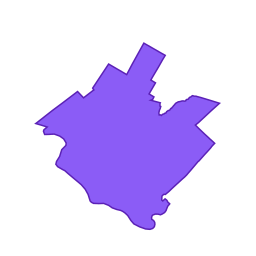 outline of Branistea, Galati, Romania, rotated 27°
{"feature_id": "2599482B60260164526160", "entity_name": "Branistea", "entity_type": "district", "adm_level": 2, "iso_a3": "ROU", "parent_name": "Romania", "parent_adm1": "Galati", "projection": "robinson", "projection_center": [27.84, 45.445], "detail": "fine", "context": "isolated", "style": "filled", "palette": "violet", "viewbox_px": 256, "rotation_deg": 27, "n_neighbors": 0, "source": "geoboundaries", "source_scale": "gbopen_adm2", "svg_char_len": 2760}
<svg xmlns="http://www.w3.org/2000/svg" viewBox="0 0 256 256"><g transform="rotate(27 128 128)"><path d="M199.6,176.6L197.0,175.9L196.0,175.1L195.2,174.7L193.2,174.3L192.1,177.2L191.8,177.1L191.5,177.0L190.8,176.9L189.3,173.6L189.2,173.1L189.8,171.2L190.2,170.7L190.8,170.5L191.4,170.3L192.8,167.1L193.3,165.9L194.5,162.4L195.7,159.1L199.6,148.7L200.7,146.0L201.6,143.2L202.2,140.6L203.0,137.5L205.7,126.0L205.8,125.8L206.0,125.6L206.2,125.0L206.5,123.9L207.0,122.0L208.3,117.0L209.2,113.9L210.2,110.2L210.7,108.2L210.9,107.1L210.9,106.5L211.1,106.1L211.2,105.6L212.2,102.3L209.8,101.6L206.9,100.8L206.3,100.7L204.4,100.1L198.6,98.5L191.0,96.2L186.7,94.8L188.3,91.3L189.6,87.7L194.2,75.1L198.3,64.4L189.6,65.9L179.0,67.8L175.3,68.6L174.1,68.8L172.8,69.5L170.8,69.9L170.4,70.5L170.0,71.6L169.5,72.2L169.0,72.7L168.8,73.2L168.7,74.7L168.4,75.2L168.0,75.4L167.4,75.9L167.1,76.4L167.0,76.7L167.0,77.1L167.1,77.4L166.6,78.1L166.2,78.4L165.5,78.6L164.7,78.9L163.8,79.4L163.7,79.6L163.1,80.1L162.7,80.5L161.7,81.3L161.2,81.6L160.5,82.4L160.2,83.0L159.6,83.7L159.3,84.4L159.1,85.0L158.8,86.5L158.4,87.8L158.4,88.1L158.2,89.1L158.0,89.5L157.9,89.8L157.9,90.6L157.8,90.8L157.5,90.9L157.3,91.1L157.2,91.8L157.1,92.2L157.2,92.6L156.9,93.2L156.6,93.8L155.9,94.1L155.6,94.8L155.4,95.4L155.0,95.8L155.0,97.2L154.8,97.6L154.2,98.0L153.8,98.7L153.7,99.1L153.5,99.3L152.9,99.8L152.5,100.2L152.2,101.1L152.0,101.7L150.8,101.6L149.9,102.2L149.7,101.9L148.9,101.0L148.6,100.4L148.3,99.5L148.2,98.8L148.1,98.5L147.9,97.6L147.9,96.2L147.4,93.9L147.2,93.9L146.8,94.0L146.6,94.0L146.4,93.6L146.0,93.1L145.9,92.8L145.7,92.3L145.4,91.6L145.3,91.3L145.3,90.9L135.7,92.9L137.0,91.5L137.0,88.5L131.3,88.1L132.0,75.3L126.6,74.9L126.7,71.8L127.5,59.1L127.8,51.9L128.2,46.4L121.8,46.1L114.1,45.7L103.6,45.2L103.0,62.9L102.8,68.3L102.7,73.9L102.6,81.0L81.7,79.8L78.4,108.5L80.3,109.6L79.9,110.3L74.7,121.3L66.5,118.4L58.3,135.4L52.7,146.7L43.8,165.9L49.6,164.8L55.5,163.8L55.3,164.3L54.8,165.7L54.1,167.2L53.9,167.6L54.1,169.2L56.0,171.0L56.7,171.6L60.6,169.5L62.4,168.4L65.1,166.9L70.8,166.2L75.6,166.9L79.7,169.4L80.6,171.7L78.8,177.4L80.0,184.3L79.5,190.2L80.2,193.1L82.9,194.4L88.3,194.7L91.1,194.7L95.3,195.8L112.1,199.7L117.7,202.0L122.6,205.3L127.4,210.2L129.1,210.8L131.5,210.8L135.4,209.0L136.1,208.7L140.6,206.2L145.9,205.7L150.2,206.3L155.0,205.7L158.6,204.8L159.6,204.7L161.5,204.7L162.8,204.9L164.1,205.1L167.5,206.1L172.6,209.1L176.8,210.8L183.2,210.8L187.7,210.2L189.4,210.0L193.6,208.3L195.6,206.3L196.3,204.0L195.7,201.6L194.6,199.9L192.8,198.8L190.6,198.6L189.6,196.9L189.3,194.9L189.7,194.2L191.4,192.3L193.9,191.1L196.3,190.6L197.4,189.3L199.0,186.7L199.4,184.3L199.2,183.0L198.9,179.6L199.6,176.9L199.6,176.6Z" fill="#8b5cf6" stroke="#5b21b6" stroke-width="1.5"/></g></svg>